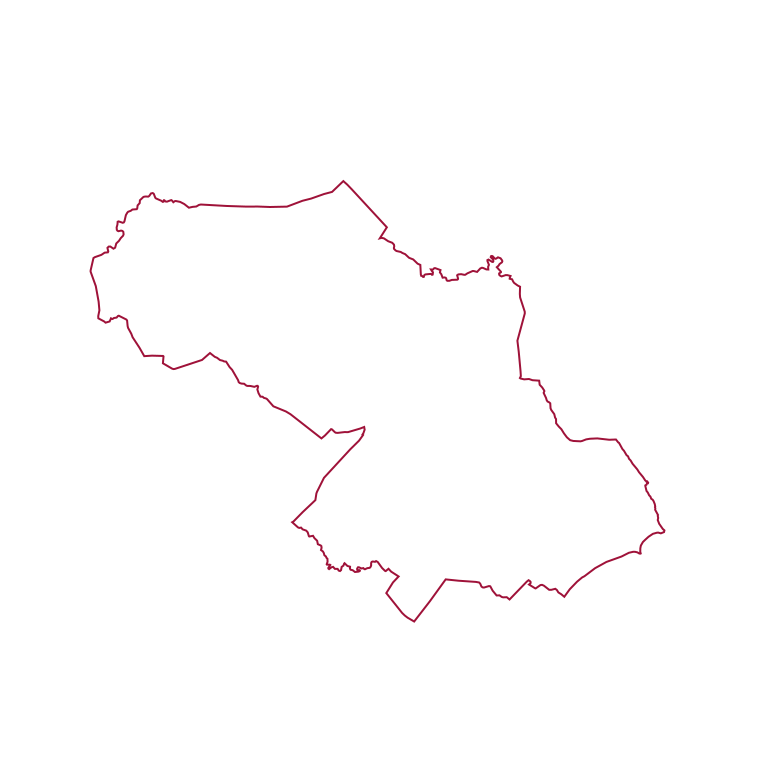 outline of Ham Thuan Nam, Bình Thuận, Vietnam, rotated 314°
{"feature_id": "81297802B68049284687871", "entity_name": "Ham Thuan Nam", "entity_type": "district", "adm_level": 2, "iso_a3": "VNM", "parent_name": "Vietnam", "parent_adm1": "Bình Thuận", "projection": "natural_earth1", "projection_center": [107.897, 10.938], "detail": "fine", "context": "isolated", "style": "outline", "palette": "rose", "viewbox_px": 768, "rotation_deg": 314, "n_neighbors": 0, "source": "geoboundaries", "source_scale": "gbopen_adm2", "svg_char_len": 6111}
<svg xmlns="http://www.w3.org/2000/svg" viewBox="0 0 768 768"><g transform="rotate(314 384 384)"><path d="M234.1,570.7L259.7,567.9L286.3,564.1L294.3,574.3L305.4,587.5L307.3,590.3L307.2,591.9L306.0,594.8L306.2,596.2L307.0,597.3L311.6,599.9L312.3,601.0L310.8,605.7L310.1,611.9L312.2,613.9L312.6,616.6L313.3,617.9L315.9,620.4L316.2,624.0L341.1,624.0L343.3,624.3L343.6,625.8L343.4,627.1L342.4,627.8L340.5,627.6L342.0,634.6L342.3,635.1L348.0,636.2L349.3,637.2L350.0,639.1L350.7,645.8L352.3,647.4L355.7,649.5L355.9,651.5L355.2,654.2L355.9,657.5L356.2,661.5L365.4,660.2L375.9,660.2L382.5,660.9L384.9,661.7L398.2,663.8L410.5,667.6L424.9,674.7L432.7,677.4L436.4,679.8L437.7,681.2L438.9,683.2L439.4,685.4L440.1,686.3L440.4,686.4L441.4,684.8L443.9,682.5L446.2,681.0L450.2,680.0L453.3,680.1L457.9,680.4L463.0,681.5L466.6,683.6L467.6,684.5L468.9,686.9L472.0,688.3L473.5,687.4L473.4,685.2L474.6,679.1L476.3,675.4L478.1,674.3L479.4,672.4L480.1,672.1L481.9,666.4L483.1,665.5L483.7,664.4L484.3,664.2L485.7,662.2L487.0,659.3L487.4,657.7L487.1,655.9L488.1,653.8L488.1,652.1L489.2,649.1L489.4,647.2L492.3,642.6L492.7,642.4L493.8,642.8L495.5,642.2L496.0,642.8L496.5,642.5L496.2,641.4L496.7,641.4L496.8,640.8L496.2,640.2L496.1,638.9L497.0,635.0L497.7,628.7L498.5,625.6L499.3,618.2L500.3,614.6L500.4,612.2L501.5,609.8L501.3,607.9L502.7,602.9L502.8,600.8L504.9,594.0L504.7,593.1L505.2,589.4L500.4,584.8L493.0,575.2L487.7,570.2L484.6,567.9L480.5,566.0L479.2,565.1L474.5,559.7L472.9,556.9L472.7,552.6L473.5,547.7L474.7,543.0L474.8,539.3L475.3,535.1L478.3,532.1L478.7,530.4L480.6,527.4L481.5,522.4L482.2,520.7L485.6,517.0L485.6,515.7L485.0,513.8L485.4,512.2L486.5,510.3L488.5,505.0L490.3,504.3L490.6,503.7L491.4,500.2L491.6,496.5L494.2,493.3L489.9,488.2L488.3,484.8L484.7,481.6L482.8,478.4L482.7,477.6L484.7,477.0L487.9,473.5L500.9,458.4L507.8,449.9L532.5,436.3L533.8,435.0L540.8,421.8L543.1,419.2L548.5,414.3L547.7,411.7L547.1,407.4L547.4,405.8L548.3,403.4L547.0,401.3L547.4,400.9L549.6,400.0L548.0,397.1L546.9,395.9L543.1,393.9L542.6,392.6L542.6,391.0L543.5,390.0L545.6,390.5L546.0,390.1L546.4,384.0L548.7,384.2L550.6,383.8L553.5,384.3L554.6,383.8L555.0,382.9L555.4,380.5L554.3,378.0L552.2,377.6L551.4,377.1L551.2,376.2L551.4,373.5L551.1,372.7L550.4,372.2L549.4,372.6L549.3,376.1L548.3,377.4L547.6,377.6L547.0,377.1L546.1,372.7L545.0,372.3L544.3,373.0L542.6,376.7L540.6,377.5L538.8,379.5L537.5,378.0L536.4,374.9L535.7,373.7L534.0,373.0L529.3,373.1L527.6,370.1L526.9,369.3L521.5,367.1L519.1,366.6L518.3,365.9L516.6,363.2L514.4,361.3L513.0,361.1L511.4,363.9L510.7,364.4L510.0,364.3L506.0,360.5L503.6,359.3L502.2,357.8L502.2,356.9L503.2,355.3L503.3,354.6L502.7,353.5L501.2,352.3L502.8,348.9L503.1,346.7L505.2,345.5L502.9,340.3L502.2,339.7L500.3,339.7L499.0,338.2L498.4,340.5L498.4,341.6L496.5,343.0L495.9,342.7L495.9,341.6L495.3,340.8L491.5,337.6L490.2,337.4L488.7,338.2L488.2,337.8L488.1,336.0L487.7,335.6L488.3,334.5L494.9,327.4L493.9,324.6L493.9,318.5L492.2,314.4L492.1,309.0L491.0,306.2L490.6,304.3L488.4,300.7L488.1,299.5L488.2,297.3L488.7,296.6L490.2,295.7L491.2,294.3L491.3,291.8L489.6,287.8L488.7,282.7L487.4,280.7L485.9,279.8L498.7,277.2L501.6,226.6L501.9,219.1L501.7,213.8L486.1,213.2L479.0,208.9L466.8,202.8L459.2,198.1L444.2,191.0L432.1,179.0L424.3,170.3L415.2,160.9L402.9,147.3L385.9,127.6L384.3,126.5L381.3,125.7L378.5,123.3L375.3,121.2L374.7,115.3L373.4,110.9L371.0,107.1L370.2,106.5L368.4,106.2L368.7,104.0L368.5,103.2L364.4,101.2L363.5,100.0L363.6,98.4L363.2,98.0L361.9,98.7L361.3,98.3L361.1,96.5L359.1,91.1L359.1,90.1L360.9,86.2L360.7,85.0L359.2,84.0L356.3,84.5L355.1,84.3L353.0,82.0L351.5,81.0L346.6,80.8L344.4,82.6L341.3,82.7L338.9,84.5L338.0,84.7L334.7,81.8L332.6,81.5L330.2,80.3L329.0,80.3L326.2,81.0L320.7,84.3L319.5,84.6L318.5,84.1L316.6,80.1L315.7,79.7L313.5,81.5L310.9,82.9L309.3,84.7L309.1,85.9L309.5,86.9L311.7,88.3L312.4,89.5L312.4,90.7L310.8,92.7L309.4,93.3L306.0,93.3L303.0,93.9L299.1,93.8L295.3,95.9L293.4,95.4L292.8,91.7L291.6,90.5L289.8,90.5L287.8,93.6L286.9,93.9L284.4,91.8L280.6,91.0L274.4,87.9L272.8,87.5L262.0,94.0L261.0,94.9L254.2,108.7L245.0,121.5L239.3,128.1L234.3,131.3L232.8,132.9L234.6,139.2L234.7,141.1L238.4,143.2L241.6,142.0L241.9,143.3L242.3,143.6L243.9,143.9L246.0,145.5L248.1,145.4L248.9,145.8L251.4,153.9L251.2,155.1L247.6,159.3L246.6,160.9L244.6,167.3L243.0,170.7L240.2,183.0L237.5,192.2L243.2,197.4L250.7,205.6L250.7,206.2L245.3,210.6L247.9,221.1L248.6,222.3L249.6,223.1L274.9,236.4L285.4,237.3L286.0,243.4L286.9,245.7L287.3,249.4L288.7,251.8L289.1,253.2L290.4,254.9L288.9,261.2L288.7,264.9L285.4,276.4L284.4,278.2L284.5,279.6L285.3,281.2L287.0,283.2L287.2,285.9L287.6,286.9L289.8,289.3L291.9,292.7L294.5,293.9L294.9,294.4L294.6,295.3L292.1,296.7L290.2,300.2L289.1,303.9L290.5,305.5L290.6,307.3L291.6,309.1L291.9,310.3L291.1,319.9L296.1,332.5L297.3,337.7L301.4,376.8L305.9,377.3L314.8,377.3L315.2,378.1L315.2,382.2L315.4,383.1L316.6,384.6L322.1,389.1L324.3,391.5L335.4,397.8L339.3,399.6L337.7,401.8L334.4,403.3L332.6,403.7L332.7,404.4L325.9,405.4L313.7,405.1L274.8,406.0L259.9,410.7L258.3,411.4L252.8,415.3L235.3,414.5L222.1,414.4L220.8,414.0L221.1,421.8L221.6,423.0L223.1,424.1L222.9,426.4L224.5,429.9L224.3,432.2L222.4,435.6L222.4,436.2L225.5,438.4L224.8,441.0L224.8,444.8L222.8,447.7L223.9,450.6L223.9,451.5L222.8,452.9L220.8,454.0L221.1,456.4L220.6,458.1L219.4,460.1L219.6,462.0L219.0,463.4L219.0,464.7L216.9,466.9L214.5,468.0L214.4,468.4L216.4,470.5L216.5,471.1L213.0,471.7L212.6,472.2L212.7,473.1L215.6,473.5L217.1,474.4L216.9,477.1L218.8,479.1L218.3,481.0L218.9,482.3L220.3,482.4L223.0,480.6L225.2,481.0L227.1,480.1L227.7,480.1L227.7,484.1L229.0,486.5L227.5,487.8L227.2,489.0L228.3,490.8L228.6,493.7L231.2,495.9L232.5,496.5L233.1,496.2L233.1,495.7L231.8,494.3L231.8,493.7L232.6,492.9L234.1,492.6L234.7,493.2L235.7,496.0L237.2,497.0L237.2,498.5L237.5,499.0L239.9,499.9L241.8,501.4L243.0,501.4L244.4,500.9L246.3,499.1L247.5,498.7L248.5,499.2L249.9,501.1L251.1,501.3L251.6,503.1L250.3,510.5L250.3,514.6L250.6,515.2L254.2,515.6L254.0,519.5L255.7,528.2L247.5,528.3L235.2,530.9L231.9,556.0L231.9,559.8L232.3,563.3L234.1,570.7Z" fill="none" stroke="#9f1239" stroke-width="2"/></g></svg>